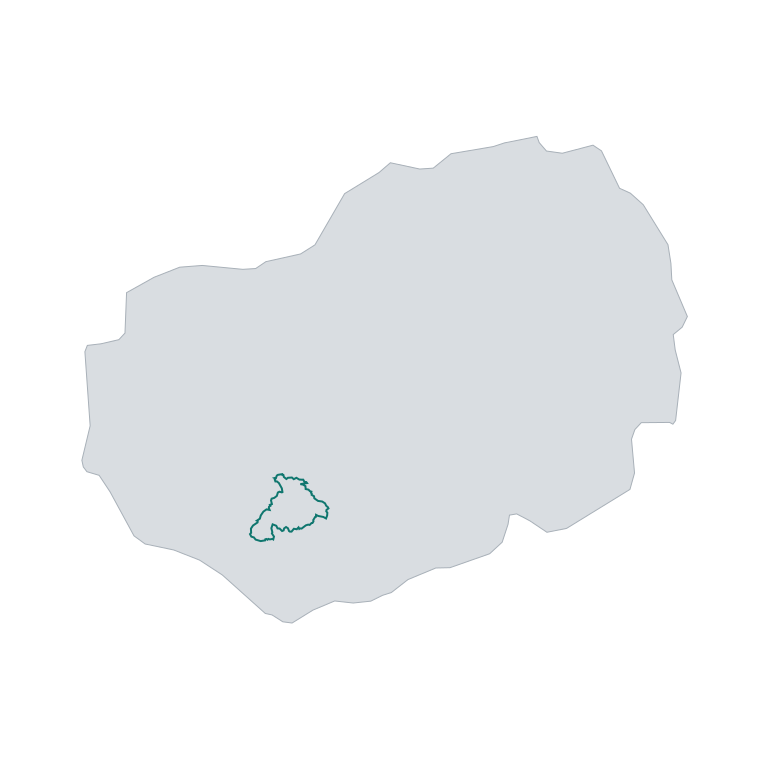 location of Probishtip, Probištip, North Macedonia, rotated 172°
{"feature_id": "65306769B77105819408507", "entity_name": "Probishtip", "entity_type": "district", "adm_level": 2, "iso_a3": "MKD", "parent_name": "North Macedonia", "parent_adm1": "Probištip", "projection": "robinson", "projection_center": [22.188, 41.964], "detail": "fine", "context": "in_parent", "style": "outline", "palette": "teal", "viewbox_px": 768, "rotation_deg": 172, "n_neighbors": 0, "source": "geoboundaries", "source_scale": "gbopen_adm2", "svg_char_len": 2620}
<svg xmlns="http://www.w3.org/2000/svg" viewBox="0 0 768 768"><g transform="rotate(172 384 384)"><path d="M344.8,193.0L358.3,194.6L387.5,187.0L405.7,176.5L415.0,174.9L427.3,170.8L445.0,171.4L463.0,176.0L485.8,170.0L508.3,160.1L517.3,162.6L527.0,170.9L533.5,173.3L570.7,217.4L591.2,235.3L615.3,248.9L642.8,258.8L652.7,268.4L670.3,315.4L678.8,333.2L690.4,338.5L693.3,343.7L693.8,350.5L680.8,383.5L675.7,457.6L672.4,463.5L658.7,463.2L640.4,464.8L633.4,470.5L626.2,510.3L596.8,521.7L570.0,528.1L547.5,526.7L507.9,517.2L495.0,516.2L483.9,521.6L448.5,524.4L433.0,531.4L396.5,578.0L359.5,594.1L346.9,602.2L318.7,591.9L305.2,590.9L285.6,602.7L242.7,603.9L231.1,606.0L198.1,607.9L196.7,601.4L190.7,592.1L175.3,587.7L143.8,591.4L136.2,584.6L123.5,545.0L113.5,538.7L102.3,525.4L83.4,482.4L83.1,463.5L84.5,447.1L74.2,408.6L80.8,398.8L90.7,392.7L90.9,377.2L88.3,353.6L100.3,307.3L103.5,304.0L106.5,306.2L134.6,309.9L141.9,304.0L146.6,294.9L148.3,261.0L155.1,245.4L223.3,215.6L243.3,214.5L258.6,228.2L270.7,236.9L278.0,236.7L280.7,227.8L289.0,210.9L303.0,201.2L344.4,192.9L344.8,193.0Z" fill="#d9dde1" stroke="#a8b0b8" stroke-width="1"/><path d="M477.3,300.5L481.1,301.1L483.8,303.3L486.6,302.3L488.2,304.2L492.2,304.5L493.9,303.5L496.1,305.9L496.3,307.9L497.3,308.1L497.3,308.9L501.7,308.8L502.9,308.2L503.9,306.3L505.6,306.1L504.6,305.3L505.5,304.5L505.1,302.6L503.7,302.5L501.9,300.6L499.7,294.9L499.6,291.1L500.2,290.9L502.6,291.9L504.2,291.3L505.7,288.1L508.5,286.5L511.2,286.1L512.1,284.4L511.7,280.7L513.8,280.2L513.4,279.2L514.9,278.5L515.3,277.2L514.8,275.2L517.8,276.2L521.2,274.4L524.3,271.0L525.7,267.9L528.8,266.4L528.1,266.0L528.5,264.5L533.4,262.1L535.9,259.3L536.3,255.1L537.6,254.0L536.6,251.3L534.2,250.2L532.8,247.8L528.0,245.6L523.5,245.7L523.2,246.7L522.1,246.9L521.0,246.0L520.1,246.7L518.7,246.0L516.0,246.1L515.3,245.5L514.2,248.2L515.8,251.6L515.2,252.7L515.6,256.9L513.8,260.5L510.4,258.6L509.5,255.8L507.5,255.4L505.4,252.6L503.8,253.0L503.0,254.9L500.9,256.0L499.2,254.5L498.5,251.6L497.7,250.9L496.1,250.7L493.4,253.2L490.6,252.3L488.6,253.9L488.1,252.3L487.4,252.7L485.7,252.3L481.1,254.9L478.7,255.3L477.2,254.8L475.1,256.4L474.2,256.3L473.0,257.7L473.0,259.1L470.7,261.9L469.9,262.0L469.5,263.9L467.6,262.5L462.6,260.8L460.1,258.9L458.6,261.7L458.0,264.4L458.9,266.0L458.4,267.4L456.3,268.5L456.7,269.8L458.2,271.5L459.0,274.0L461.5,276.2L465.6,277.4L468.9,280.5L468.9,282.6L471.1,284.3L470.8,285.5L471.4,286.4L470.9,287.5L472.2,288.1L473.5,289.9L476.2,290.9L476.0,293.8L478.1,295.6L480.8,296.5L474.0,296.6L474.6,297.7L476.4,298.1L477.3,300.5Z" fill="none" stroke="#0f766e" stroke-width="2"/></g></svg>